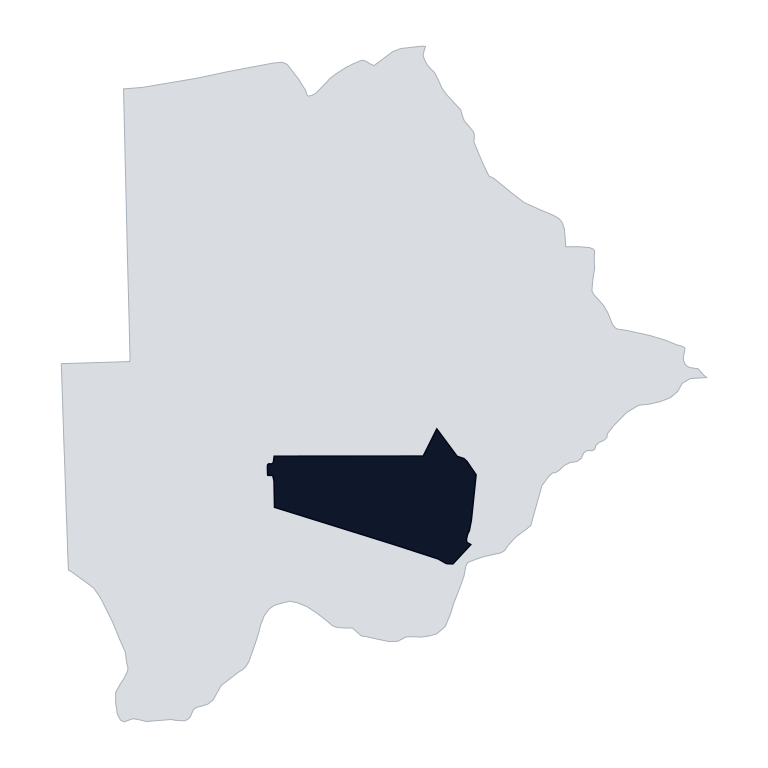 location of Kweneng within Botswana
{"feature_id": "BWA-2647", "entity_name": "Kweneng", "entity_type": "District", "adm_level": 1, "iso_a3": "BWA", "parent_name": "Botswana", "parent_adm1": "", "projection": "orthographic", "projection_center": [24.77, -23.86], "detail": "fine", "context": "in_parent", "style": "filled", "palette": "ink", "viewbox_px": 768, "rotation_deg": 0, "n_neighbors": 0, "source": "natural_earth", "source_scale": "10m", "svg_char_len": 3282}
<svg xmlns="http://www.w3.org/2000/svg" viewBox="0 0 768 768"><path d="M425.6,46.5L424.2,50.2L423.1,55.5L424.4,59.5L427.2,64.8L431.3,69.5L434.4,72.3L438.0,79.2L441.7,87.8L446.5,94.5L460.8,110.0L462.3,115.5L464.3,120.9L473.2,131.5L474.5,135.0L473.9,142.1L482.9,163.5L488.9,176.0L493.9,178.4L510.2,191.8L524.3,202.7L540.8,210.1L553.0,215.1L558.9,218.6L561.9,222.0L564.3,228.5L565.3,239.6L565.7,246.8L578.7,246.7L589.5,247.6L593.3,249.1L594.7,251.2L594.3,255.9L594.3,263.0L594.7,268.7L593.5,274.7L592.6,281.9L591.9,290.7L593.5,294.2L603.7,305.6L607.9,312.9L612.3,324.0L615.0,327.6L617.1,329.0L626.5,330.4L650.5,335.7L665.3,340.2L677.0,344.9L681.9,346.2L684.2,347.4L685.0,348.5L683.3,358.0L683.7,361.1L684.9,363.9L686.9,366.1L689.3,367.5L698.2,368.8L703.3,374.8L706.7,377.6L690.5,378.5L682.4,383.1L677.5,391.7L670.1,397.8L660.1,401.6L649.6,404.1L638.5,405.3L626.6,412.5L613.8,425.5L607.3,433.8L607.0,437.3L604.1,440.2L598.8,442.6L595.7,445.6L594.9,449.1L592.1,450.8L587.1,450.5L583.6,453.0L581.4,458.3L577.0,461.5L570.2,462.5L564.3,465.4L559.3,470.2L555.5,472.6L552.8,472.7L548.6,476.6L541.7,485.9L540.6,490.2L530.8,525.5L525.8,529.6L516.0,536.8L508.0,545.5L504.6,550.6L500.9,552.8L482.8,556.9L476.1,559.2L468.0,562.4L466.0,565.4L463.9,576.4L458.2,592.0L453.6,603.6L450.6,613.6L445.5,626.1L441.1,630.2L436.1,634.0L429.6,635.9L420.7,637.1L412.6,636.7L406.3,636.9L397.6,641.3L389.5,641.6L376.7,639.0L366.3,636.6L361.6,636.1L352.4,628.0L346.4,628.1L337.4,627.5L332.3,625.7L327.6,621.5L317.3,613.4L307.2,606.8L298.3,603.0L290.0,601.2L282.1,603.0L276.0,604.8L273.7,605.7L269.0,609.2L264.2,615.7L260.3,626.0L258.9,632.2L254.6,645.5L248.9,661.5L246.2,666.1L243.0,669.5L237.8,672.6L221.2,685.5L213.1,699.9L207.9,704.1L201.5,706.2L196.2,707.5L193.3,709.9L190.1,717.2L187.3,719.7L184.1,720.8L174.5,720.2L171.4,719.5L146.1,721.5L138.2,719.5L132.7,718.7L124.1,721.9L120.5,720.1L117.4,714.2L115.6,702.3L115.7,692.1L120.2,684.3L123.9,678.5L127.6,671.1L128.0,667.8L127.1,664.8L126.1,658.8L125.5,652.6L119.6,639.2L112.3,621.5L102.5,601.7L99.5,596.3L93.5,587.8L71.7,571.9L68.4,569.8L68.3,567.9L67.7,551.9L67.0,530.6L66.2,509.3L65.5,488.0L64.8,466.8L64.0,445.5L63.3,424.2L62.6,403.0L61.9,381.7L61.3,363.7L77.0,363.2L96.4,362.6L119.4,361.9L129.6,361.6L130.1,358.8L129.7,345.6L129.0,315.3L128.2,285.0L127.4,254.8L126.7,224.6L126.0,194.3L125.3,164.1L124.6,134.0L123.9,103.8L123.5,88.9L141.7,87.5L162.6,84.0L196.4,78.3L228.0,71.6L248.6,67.7L273.1,63.1L281.5,62.3L283.8,62.9L287.1,64.3L298.6,79.2L305.7,90.6L307.2,95.6L308.6,96.1L311.9,95.3L315.6,93.4L327.1,81.8L329.5,78.8L336.8,73.3L345.8,67.6L353.8,63.5L362.0,60.2L365.7,61.0L370.2,63.9L374.1,65.6L392.6,51.7L400.8,48.5L422.5,46.1L425.6,46.5Z" fill="#d9dde1" stroke="#a8b0b8" stroke-width="1"/><path d="M423.2,456.1L436.8,428.9L456.6,455.6L457.1,456.2L458.0,456.6L464.0,458.6L467.1,461.6L476.1,474.8L471.4,520.1L469.3,530.9L468.3,532.6L467.5,534.7L466.5,538.9L466.6,541.0L467.0,542.5L467.7,543.0L468.4,543.2L469.7,543.9L470.8,544.6L462.9,553.1L452.9,563.9L447.2,563.7L446.0,563.4L438.0,558.9L394.0,544.6L382.2,540.9L274.5,507.3L274.0,480.8L272.7,475.4L268.9,475.4L268.2,475.4L267.7,475.2L267.6,474.6L267.4,467.5L267.6,464.7L268.2,464.1L268.8,463.8L271.9,463.9L273.3,462.6L274.2,456.2L423.2,456.1Z" fill="#0f172a" stroke="#020617" stroke-width="1.5"/></svg>